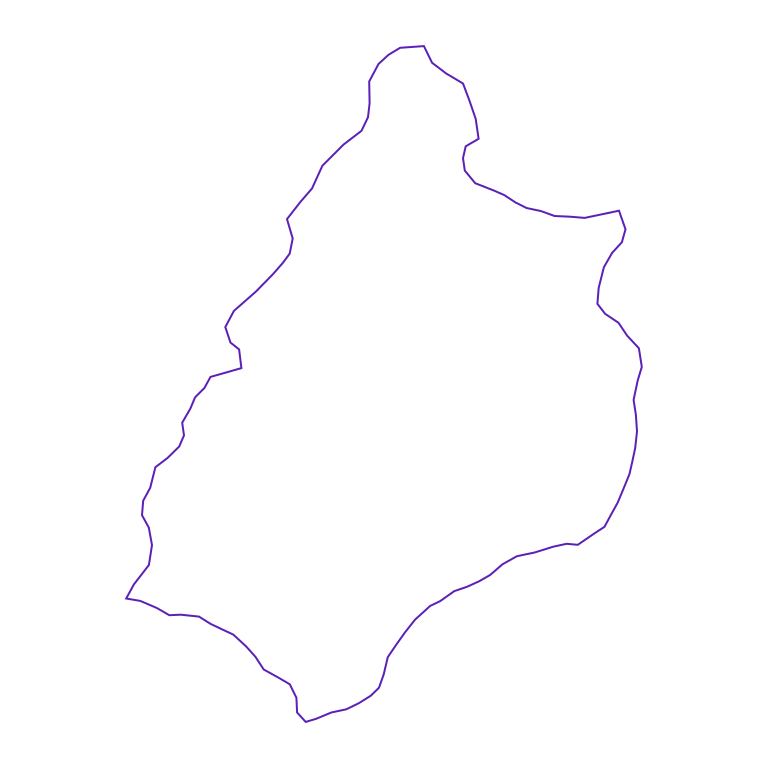 outline of Bálsamo, São Paulo, Brazil
{"feature_id": "56859067B63877088717769", "entity_name": "Bálsamo", "entity_type": "district", "adm_level": 2, "iso_a3": "BRA", "parent_name": "Brazil", "parent_adm1": "São Paulo", "projection": "orthographic", "projection_center": [-49.552, -20.704], "detail": "fine", "context": "isolated", "style": "outline", "palette": "violet", "viewbox_px": 768, "rotation_deg": 0, "n_neighbors": 0, "source": "geoboundaries", "source_scale": "gbopen_adm2", "svg_char_len": 1583}
<svg xmlns="http://www.w3.org/2000/svg" viewBox="0 0 768 768"><path d="M638.9,348.3L627.1,335.6L618.5,322.8L605.1,313.8L597.4,303.8L598.7,287.8L603.9,267.2L612.1,252.9L621.9,242.2L625.5,229.3L619.0,210.7L584.7,217.9L570.1,216.7L554.5,216.0L541.1,211.1L526.5,208.0L515.4,202.4L504.3,195.1L493.8,190.5L475.2,183.2L464.8,170.6L463.0,158.2L465.7,146.3L478.6,138.8L475.7,118.9L469.3,100.2L463.0,83.5L446.2,73.5L432.1,62.8L423.9,46.1L400.1,47.8L388.5,54.8L378.5,64.0L369.2,81.5L369.6,103.3L368.0,117.2L361.5,130.8L343.5,144.6L322.4,165.7L312.0,188.5L300.4,201.9L287.0,219.1L292.7,238.5L289.7,253.6L282.9,262.8L272.9,274.2L256.1,291.4L233.9,310.9L225.3,327.1L230.5,342.6L239.1,349.4L241.4,368.1L210.5,376.9L204.4,388.0L195.1,397.3L190.3,408.7L182.2,422.7L184.0,435.4L179.2,446.5L167.6,457.9L155.4,467.2L150.2,487.8L143.2,500.7L142.0,515.2L148.8,527.6L152.0,545.1L148.9,565.0L133.9,584.4L126.2,598.5L140.2,600.9L156.6,607.9L169.3,615.2L180.9,614.7L199.0,616.6L210.6,623.9L221.3,629.0L233.3,634.6L246.2,646.5L255.5,656.9L263.7,669.5L278.2,677.5L289.8,684.3L296.4,697.7L297.1,712.5L305.7,721.9L316.1,718.8L331.3,712.5L346.3,709.3L358.8,703.2L370.8,695.7L379.0,687.7L383.7,674.4L387.8,657.1L396.4,644.5L404.6,632.9L415.0,619.7L430.2,605.9L440.2,601.1L454.3,591.1L467.0,586.8L479.3,581.2L490.2,574.9L502.6,564.2L516.9,556.2L534.6,552.5L553.2,546.7L566.6,543.8L577.8,544.8L594.1,533.6L604.5,526.8L611.4,514.0L617.7,502.6L625.0,485.1L629.5,474.0L632.3,461.6L635.2,448.0L637.0,431.5L635.9,415.0L633.6,399.9L637.7,380.5L641.8,366.9L638.9,348.3Z" fill="none" stroke="#5b21b6" stroke-width="2"/></svg>